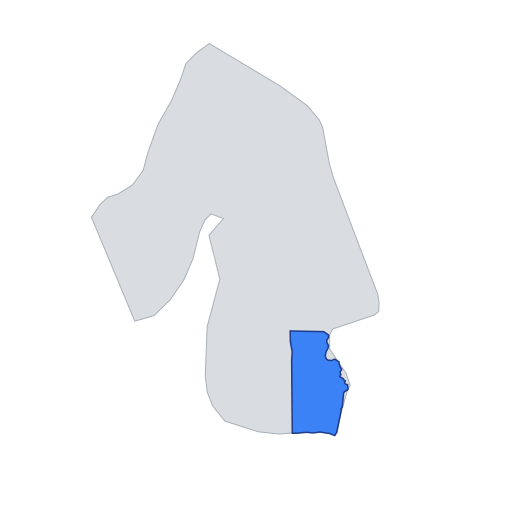 Alaili Dadda, Obock, Djibouti shown in context, rotated 125°
{"feature_id": "41766387B98599288227121", "entity_name": "Alaili Dadda", "entity_type": "district", "adm_level": 2, "iso_a3": "DJI", "parent_name": "Djibouti", "parent_adm1": "Obock", "projection": "albers", "projection_center": [42.912, 12.453], "detail": "fine", "context": "in_parent", "style": "filled", "palette": "blue", "viewbox_px": 512, "rotation_deg": 125, "n_neighbors": 0, "source": "geoboundaries", "source_scale": "gbopen_adm2", "svg_char_len": 1614}
<svg xmlns="http://www.w3.org/2000/svg" viewBox="0 0 512 512"><g transform="rotate(125 256 256)"><path d="M378.9,317.9L362.8,343.4L342.1,376.0L318.7,413.0L304.0,413.3L292.6,411.1L284.8,404.8L268.7,398.0L250.6,397.5L233.3,403.9L204.0,411.8L177.5,414.3L156.2,418.7L138.5,423.8L122.6,420.9L108.8,416.2L105.9,376.8L102.9,334.0L103.4,300.5L108.3,282.1L112.6,275.0L137.6,249.6L146.3,239.2L174.9,197.2L199.4,161.1L217.7,134.1L223.2,128.8L230.9,123.7L236.4,125.2L271.8,151.3L278.0,150.6L289.8,142.5L300.6,114.7L308.1,104.5L311.3,104.8L334.0,97.0L354.6,88.2L357.2,97.4L388.4,134.7L398.6,153.1L409.1,186.7L403.7,205.5L395.6,217.7L383.6,228.6L342.0,255.4L295.6,272.4L266.0,306.5L244.0,304.1L247.3,317.0L255.5,318.5L268.4,316.1L293.9,306.2L316.6,301.4L341.0,301.1L363.2,305.3L378.9,317.9Z" fill="#d9dde1" stroke="#a8b0b8" stroke-width="1"/><path d="M380.4,124.6L379.7,123.6L377.4,120.5L373.3,115.7L371.4,113.4L368.1,107.6L363.6,102.8L360.2,95.9L359.4,94.5L357.9,88.5L354.1,88.8L334.8,97.1L333.0,97.9L332.4,98.9L330.4,98.6L318.2,105.5L317.9,105.7L316.0,105.6L313.4,104.2L312.2,104.2L308.9,107.3L309.5,108.9L309.5,109.7L309.2,110.6L307.1,111.2L307.4,112.3L306.5,113.8L306.7,118.3L306.3,118.6L304.5,118.4L303.4,120.1L302.8,120.6L300.1,120.7L299.3,121.3L298.8,123.1L296.9,125.8L295.1,127.3L295.3,132.1L295.9,132.9L297.6,133.6L298.2,133.9L299.3,136.3L300.0,136.6L300.0,138.8L299.2,140.7L298.0,142.0L294.3,143.7L290.3,144.1L287.8,145.3L286.4,147.9L286.2,148.3L284.5,149.7L281.0,149.9L279.1,151.2L279.1,157.1L297.8,185.0L306.6,178.6L313.7,171.4L321.1,166.9L380.4,124.6Z" fill="#3b82f6" stroke="#1e3a8a" stroke-width="1.5"/></g></svg>